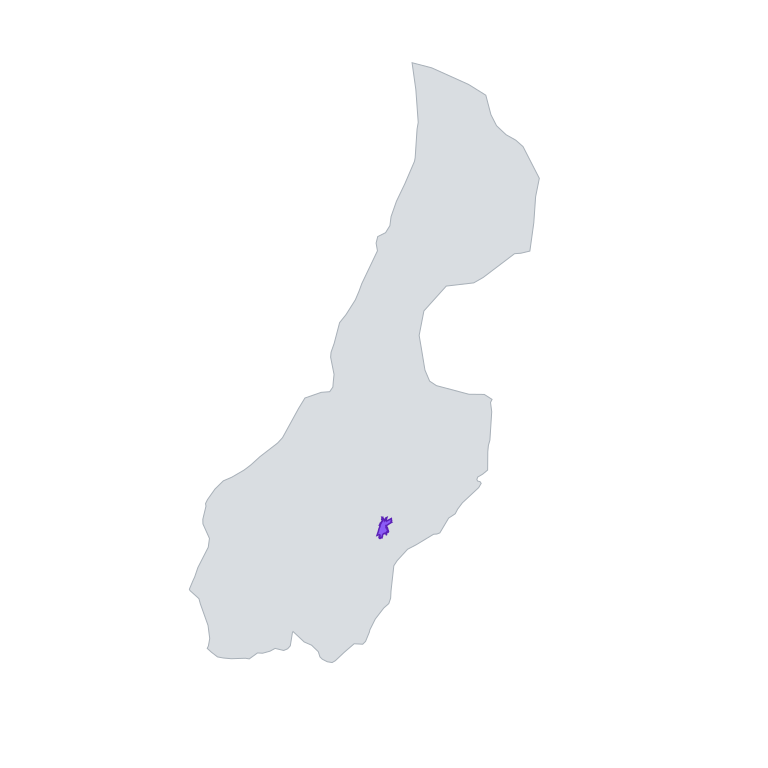 Variņu pag., Smiltenes, Latvia (highlighted), rotated 110°
{"feature_id": "27541924B26763457463148", "entity_name": "Variņu pag.", "entity_type": "district", "adm_level": 2, "iso_a3": "LVA", "parent_name": "Latvia", "parent_adm1": "Smiltenes", "projection": "equal_earth", "projection_center": [26.157, 57.319], "detail": "fine", "context": "in_parent", "style": "filled", "palette": "violet", "viewbox_px": 768, "rotation_deg": 110, "n_neighbors": 0, "source": "geoboundaries", "source_scale": "gbopen_adm2", "svg_char_len": 4871}
<svg xmlns="http://www.w3.org/2000/svg" viewBox="0 0 768 768"><g transform="rotate(110 384 384)"><path d="M557.4,510.8L552.9,510.3L540.5,506.9L530.0,501.9L523.7,495.2L512.8,486.1L505.7,481.5L494.5,475.6L475.9,463.8L469.2,461.0L436.1,455.9L424.2,453.5L413.3,440.1L409.8,432.4L404.4,431.0L398.5,432.6L392.1,434.2L377.1,443.3L372.3,444.6L363.0,444.7L341.5,446.7L331.7,443.4L314.7,439.7L305.5,439.2L297.3,439.2L261.1,435.7L254.3,439.6L247.6,440.3L241.3,434.3L233.2,432.6L224.3,434.6L208.0,434.8L188.8,432.9L164.3,431.5L160.7,432.1L133.2,440.1L126.5,441.3L96.4,454.8L72.5,467.5L70.6,447.3L73.6,407.0L77.8,387.1L94.4,375.6L102.8,366.6L108.0,354.6L109.8,343.6L113.4,334.5L137.6,308.4L156.1,305.6L181.2,298.4L209.2,292.4L214.3,300.1L216.9,305.9L249.9,327.2L258.3,334.3L270.7,359.0L301.7,371.5L326.3,367.6L337.0,361.5L356.9,350.3L365.7,342.1L367.6,334.2L364.6,300.7L359.5,286.2L361.5,277.2L364.9,277.6L373.2,273.3L400.5,265.3L406.0,264.9L412.2,263.3L429.4,257.2L434.9,260.4L439.4,264.1L442.0,264.1L443.2,262.8L442.9,260.4L444.1,258.7L449.0,259.6L468.8,269.7L476.4,272.0L481.6,272.7L487.9,277.4L504.8,280.6L506.9,283.0L508.2,286.0L524.1,298.8L531.2,305.3L545.4,311.2L551.4,312.6L576.2,306.6L583.0,304.5L588.7,304.4L594.6,307.6L607.8,311.8L619.9,313.2L622.1,312.9L632.2,313.3L635.8,315.0L638.3,323.2L649.9,329.7L660.7,335.1L663.5,337.5L664.4,342.3L663.7,347.9L662.4,350.8L658.0,354.2L654.2,362.7L653.7,370.8L647.7,384.8L649.1,385.0L662.1,382.5L665.8,384.0L668.7,387.1L669.7,395.9L674.1,399.8L678.5,406.0L680.0,410.9L688.4,416.6L689.1,420.4L694.4,433.6L696.4,441.2L697.4,447.1L695.0,454.6L692.9,459.7L690.3,459.4L682.8,460.7L671.0,466.8L653.5,481.3L649.0,484.5L644.5,495.6L643.4,496.7L633.1,496.2L630.3,495.9L620.0,496.1L597.5,493.3L588.8,495.2L577.4,506.3L573.0,508.0L559.7,509.5L557.4,510.8Z" fill="#d9dde1" stroke="#a8b0b8" stroke-width="1"/><path d="M529.7,332.9L529.1,333.2L529.1,333.4L528.6,333.7L527.8,333.3L527.7,333.3L526.7,333.7L524.8,333.3L524.7,333.2L524.6,332.9L524.5,332.7L524.5,332.4L524.3,332.3L524.2,332.3L524.2,332.2L523.9,332.0L523.9,331.9L524.2,331.5L524.0,331.3L524.0,331.2L524.1,330.9L524.3,330.6L524.5,330.4L524.8,330.2L524.7,330.1L524.4,330.2L524.1,330.4L523.8,330.6L523.5,330.7L523.3,330.7L523.1,330.8L522.7,331.1L521.6,330.7L521.3,330.6L521.8,330.2L522.1,330.1L522.3,329.7L521.9,329.4L521.0,329.3L520.9,329.4L520.9,329.5L520.7,329.6L520.8,329.6L520.6,329.7L520.7,329.8L520.7,330.0L520.4,330.0L520.2,330.1L520.3,330.2L520.3,330.3L520.2,330.4L520.3,330.4L520.6,330.4L520.6,330.5L520.4,330.6L520.2,330.7L519.7,330.7L519.7,330.8L519.4,331.0L518.6,331.2L518.3,331.2L518.1,331.3L518.3,331.3L517.9,331.7L518.7,331.9L518.2,332.2L518.2,332.3L517.7,332.6L518.4,332.8L518.4,333.0L518.0,333.1L517.8,333.1L517.3,333.2L517.1,333.3L516.9,333.5L517.2,333.5L516.5,333.8L516.3,333.6L516.2,333.5L515.9,333.0L513.7,331.4L511.4,329.6L511.4,329.8L511.3,330.1L511.2,330.1L510.9,330.2L510.7,330.2L510.6,330.3L510.4,330.2L510.4,330.3L510.1,330.3L509.9,330.3L510.0,330.2L509.8,330.2L509.7,330.4L509.6,330.5L509.3,330.5L509.0,330.7L508.5,330.8L507.9,331.1L511.1,333.9L511.5,334.3L511.6,334.7L511.3,335.2L511.9,335.2L511.7,335.5L511.7,335.8L511.7,336.2L511.6,336.3L511.2,335.8L510.6,335.6L510.2,335.4L509.6,335.6L509.2,335.6L508.4,335.6L509.2,336.4L509.5,336.6L510.1,336.6L510.1,336.3L510.3,336.3L510.5,336.2L511.0,336.3L510.9,336.7L512.1,336.9L511.7,337.1L511.1,338.2L512.1,338.5L511.9,338.6L511.7,338.4L511.4,338.4L511.2,338.4L510.9,338.5L511.2,339.0L510.7,339.2L510.6,339.3L510.5,339.2L510.3,339.6L509.7,339.6L509.9,340.4L510.0,340.3L510.1,340.2L510.3,340.2L510.7,340.0L510.7,339.9L510.8,339.9L510.7,339.8L510.8,339.8L511.0,339.8L511.0,339.6L511.3,339.6L511.2,339.5L511.3,339.5L511.2,339.4L511.3,339.4L511.5,339.3L511.6,339.2L511.8,339.1L512.0,339.2L512.3,339.1L512.2,339.0L512.3,339.0L512.3,338.9L512.4,339.0L512.5,339.0L512.6,338.9L512.8,338.7L513.0,338.7L513.0,338.8L513.2,338.7L513.4,338.8L513.4,338.7L513.5,338.7L513.5,338.8L513.8,338.9L513.9,339.0L514.0,339.0L514.0,338.9L514.2,339.0L514.3,339.1L514.5,339.0L514.9,339.0L515.0,339.1L514.9,339.2L515.0,339.3L515.1,339.2L515.3,339.2L515.4,339.3L515.5,339.3L515.6,339.5L515.8,339.6L515.7,339.6L515.8,339.7L516.0,339.6L516.0,339.8L515.9,339.8L516.1,339.9L516.2,339.7L516.4,339.7L516.5,339.5L516.5,339.4L516.7,339.5L516.7,339.4L516.8,339.4L517.0,339.6L517.3,339.6L517.5,339.7L517.4,339.5L517.4,339.4L517.7,339.2L517.8,339.2L518.4,339.4L518.9,339.5L519.3,339.0L521.4,339.2L524.6,338.9L528.7,338.8L527.6,337.4L527.2,336.9L527.2,336.4L527.3,336.2L527.5,336.1L527.7,335.9L527.8,335.9L528.0,336.0L528.1,335.9L528.3,335.9L528.7,335.9L529.1,336.3L529.6,336.4L530.2,335.9L530.4,335.7L530.5,335.5L530.6,335.4L530.6,335.2L530.5,334.9L530.4,334.9L530.3,334.7L530.1,334.6L529.9,334.6L529.7,334.7L529.5,334.8L529.4,334.7L529.2,334.5L529.0,334.1L529.3,333.8L529.3,333.4L529.7,332.9Z" fill="#8b5cf6" stroke="#5b21b6" stroke-width="1.5"/></g></svg>